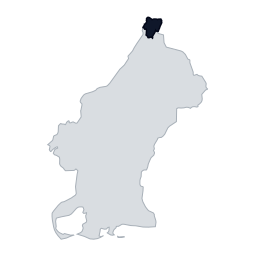 location of Koytendag, Chardzhou, Turkmenistan, rotated 268°
{"feature_id": "10190150B64529450546528", "entity_name": "Koytendag", "entity_type": "district", "adm_level": 2, "iso_a3": "TKM", "parent_name": "Turkmenistan", "parent_adm1": "Chardzhou", "projection": "orthographic", "projection_center": [66.04, 37.77], "detail": "fine", "context": "in_parent", "style": "filled", "palette": "ink", "viewbox_px": 256, "rotation_deg": 268, "n_neighbors": 0, "source": "geoboundaries", "source_scale": "gbopen_adm2", "svg_char_len": 4676}
<svg xmlns="http://www.w3.org/2000/svg" viewBox="0 0 256 256"><g transform="rotate(268 128 128)"><path d="M71.1,73.5L83.3,75.5L87.0,76.4L88.8,74.7L88.8,74.3L88.2,73.9L87.5,72.5L87.5,64.0L88.7,62.9L90.0,62.2L92.1,59.7L93.1,59.0L94.5,58.4L99.2,58.7L101.2,58.4L103.2,55.5L103.7,53.8L105.1,52.5L105.8,52.6L108.8,54.0L109.5,54.7L110.3,57.0L111.5,56.9L111.7,56.6L111.6,56.1L110.9,54.6L109.1,52.0L107.3,50.3L107.2,49.7L109.0,48.6L112.2,49.4L113.1,49.1L114.1,47.2L118.1,52.0L118.9,52.5L122.4,53.4L122.9,54.0L123.9,56.7L125.0,57.5L126.5,58.1L132.7,58.6L134.5,60.4L134.8,60.9L134.3,62.1L134.1,64.4L133.5,65.3L133.8,65.8L135.9,66.9L137.2,68.5L137.2,69.1L136.8,69.5L135.8,69.3L135.2,69.9L135.2,71.1L135.8,72.3L136.0,73.4L134.7,75.8L134.6,76.8L134.9,77.4L140.4,81.4L141.3,81.6L146.9,81.3L147.9,81.7L152.6,82.8L154.0,82.7L155.0,81.6L155.9,81.2L156.7,81.2L159.0,82.1L161.3,83.8L162.9,85.3L163.6,86.6L165.5,93.9L166.8,97.0L168.5,98.6L169.6,101.4L170.4,107.6L171.0,108.9L173.6,111.5L187.0,121.9L191.0,126.5L197.4,131.0L199.8,130.5L204.8,135.2L208.0,137.0L212.1,139.8L220.8,146.2L222.7,146.4L224.8,145.6L226.7,146.1L230.0,147.7L233.5,150.1L236.6,150.9L237.4,152.0L237.5,152.5L235.8,155.6L235.6,159.5L235.8,164.7L235.0,164.8L228.9,163.4L223.3,160.1L221.9,161.2L221.2,162.2L219.8,166.7L212.0,167.0L207.5,169.1L203.1,183.7L202.1,185.5L199.5,187.9L195.0,190.1L194.3,191.1L194.1,191.9L193.6,192.2L191.1,192.1L181.6,195.1L179.5,195.0L178.7,195.3L178.3,195.8L179.2,198.8L178.4,199.6L177.7,201.0L177.2,203.6L170.8,207.3L169.5,207.7L167.0,207.3L165.6,207.6L164.3,208.8L163.7,208.4L163.4,207.1L162.7,206.3L159.0,202.9L154.5,203.2L152.8,202.9L151.5,202.3L149.6,200.4L148.4,198.6L146.9,198.7L146.6,197.8L146.6,196.9L147.0,195.7L147.0,193.5L146.3,191.9L145.5,191.2L146.6,188.7L146.7,186.8L146.2,184.7L146.1,181.7L146.4,178.8L145.6,177.3L132.7,176.6L128.4,169.6L126.7,167.8L120.5,164.5L118.8,162.9L117.5,161.1L117.3,158.8L116.7,157.3L115.7,157.1L110.9,154.0L109.0,153.2L106.2,153.6L104.6,152.7L102.7,153.6L101.9,153.6L99.9,152.8L97.6,150.1L95.6,149.0L91.3,147.0L88.3,146.3L85.6,145.1L85.4,144.7L85.5,142.7L85.2,141.8L84.5,140.7L83.5,139.8L78.9,139.4L76.8,138.5L75.1,138.1L71.4,137.9L70.2,138.3L69.4,138.9L68.8,140.9L68.3,141.1L64.7,140.8L57.2,139.5L53.9,140.2L48.6,142.7L45.5,144.9L44.5,145.9L42.3,150.3L41.4,150.9L40.4,151.3L39.4,151.2L34.7,152.5L32.9,152.7L28.4,151.9L28.2,145.0L28.5,139.6L30.0,132.3L30.4,127.5L32.0,120.4L32.0,118.6L30.1,115.1L30.1,112.9L28.8,112.6L26.8,110.4L24.7,109.4L23.6,109.2L22.6,109.6L21.7,110.5L21.4,108.8L21.7,107.0L23.9,103.6L24.9,104.8L26.1,105.4L29.5,105.7L29.3,104.4L27.8,102.9L27.7,101.2L28.1,99.5L28.7,98.0L28.3,97.2L27.6,96.7L25.8,96.5L21.2,95.3L20.3,97.1L21.3,99.8L19.6,96.6L18.5,93.5L18.1,89.9L18.5,86.2L21.2,80.6L23.7,73.5L25.0,76.8L26.2,78.4L28.9,79.6L30.3,79.6L31.9,79.0L33.4,79.5L35.2,82.9L36.8,83.5L40.4,82.7L42.0,82.7L43.3,83.4L44.8,83.6L44.3,82.0L44.3,80.6L45.2,79.9L47.8,81.1L50.0,80.5L50.5,80.2L50.8,78.9L50.8,76.4L50.5,75.3L49.5,73.7L45.2,69.6L43.8,68.0L42.8,66.0L41.6,58.5L40.6,53.7L40.1,53.1L37.4,52.4L32.1,52.8L30.3,52.3L29.4,52.6L27.1,54.3L25.8,55.8L23.9,59.4L24.7,60.8L22.9,67.0L23.0,69.8L22.8,70.0L21.7,66.4L20.2,62.7L19.2,57.3L22.8,54.3L25.8,52.3L28.9,50.9L32.0,50.2L38.8,49.2L42.5,49.0L45.5,49.2L47.6,50.7L53.2,55.6L55.6,58.3L56.2,59.3L56.6,61.6L60.3,69.4L61.2,70.6L62.7,73.1L64.3,74.0L71.1,73.5ZM19.6,120.0L19.3,120.9L18.8,117.9L18.9,114.6L19.5,113.8L20.1,113.9L19.4,115.0L19.6,120.0Z" fill="#d9dde1" stroke="#a8b0b8" stroke-width="1"/><path d="M217.1,155.7L217.7,155.8L218.3,155.8L218.8,155.7L219.2,155.9L219.7,156.3L220.5,156.8L221.5,157.5L222.6,158.2L223.7,158.6L224.2,158.8L224.6,159.0L224.3,159.1L223.9,159.6L223.7,160.1L223.5,161.5L224.5,161.9L225.8,162.5L227.0,163.1L228.3,163.5L229.4,164.1L230.6,164.7L231.4,165.1L232.0,165.4L232.5,165.4L233.0,165.3L233.6,165.1L234.1,165.1L234.4,165.4L234.8,165.3L234.7,165.3L235.2,164.8L235.6,164.7L235.7,164.0L235.6,163.6L235.7,162.9L235.6,161.9L235.5,161.4L235.4,161.3L235.9,159.8L235.9,158.8L236.0,157.9L235.9,157.3L235.6,156.6L235.6,155.6L236.1,155.1L236.5,154.6L237.0,154.0L237.5,153.3L237.7,152.9L237.9,152.3L237.9,151.7L237.7,151.2L237.0,150.6L236.5,150.3L236.0,150.5L235.1,150.1L234.5,150.3L233.8,150.5L232.9,150.0L232.0,149.6L231.5,149.1L231.2,148.2L231.0,148.3L230.1,147.8L229.4,147.5L228.8,147.0L228.4,146.7L228.0,146.5L227.9,146.5L227.9,147.1L227.8,147.3L226.7,147.7L226.2,148.1L226.1,149.7L225.5,149.8L224.4,149.9L223.0,149.7L222.2,149.7L221.5,149.6L221.1,149.4L220.1,149.4L219.7,150.0L218.7,150.9L217.7,151.1L217.6,151.3L217.5,152.1L217.7,152.8L217.9,153.5L218.1,154.0L217.9,154.6L217.4,155.3L216.9,155.6L217.0,155.7L217.1,155.7Z" fill="#0f172a" stroke="#020617" stroke-width="1.5"/></g></svg>